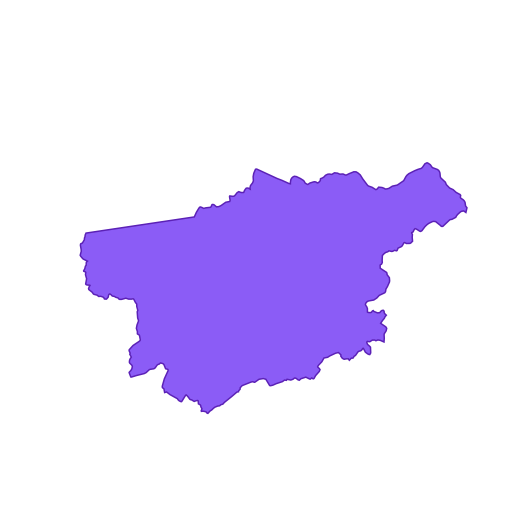 outline of Minh Hoa, Quảng Bình, Vietnam, rotated 121°
{"feature_id": "81297802B57556187754980", "entity_name": "Minh Hoa", "entity_type": "district", "adm_level": 2, "iso_a3": "VNM", "parent_name": "Vietnam", "parent_adm1": "Quảng Bình", "projection": "mercator", "projection_center": [105.906, 17.733], "detail": "fine", "context": "isolated", "style": "filled", "palette": "violet", "viewbox_px": 512, "rotation_deg": 121, "n_neighbors": 0, "source": "geoboundaries", "source_scale": "gbopen_adm2", "svg_char_len": 6148}
<svg xmlns="http://www.w3.org/2000/svg" viewBox="0 0 512 512"><g transform="rotate(121 256 256)"><path d="M420.1,264.0L418.6,262.6L419.1,258.3L418.8,249.8L419.4,248.7L419.7,247.2L419.5,245.3L419.2,244.8L418.5,244.7L411.5,244.6L411.0,244.1L411.6,242.0L412.9,238.9L412.9,238.2L412.5,237.3L412.5,234.1L410.9,232.8L409.9,231.6L409.9,231.0L412.4,229.2L412.3,227.1L412.6,226.5L413.8,225.4L414.6,223.9L415.0,223.6L416.8,223.3L417.3,222.8L416.3,221.5L415.5,219.3L415.4,218.0L415.9,217.1L415.7,216.2L412.7,215.6L410.6,214.6L408.6,214.1L406.8,213.4L404.4,211.6L403.1,210.0L401.7,209.6L400.0,208.1L397.8,207.7L389.1,204.5L382.5,202.3L381.4,201.1L381.0,201.3L380.3,201.4L378.5,201.0L377.0,201.7L374.2,201.1L366.6,195.3L365.4,194.0L365.1,192.4L364.8,192.0L360.1,189.9L357.3,186.6L356.6,184.0L360.0,177.6L359.7,176.7L358.0,175.0L355.1,173.0L350.0,168.6L347.7,167.7L346.9,165.9L345.7,165.9L344.4,162.3L342.6,160.8L340.9,160.2L340.5,159.7L340.2,158.6L340.5,156.3L340.2,154.9L338.1,154.3L334.2,150.9L333.8,146.6L333.4,145.9L332.0,145.6L331.8,145.0L331.9,143.9L331.7,143.5L331.1,143.2L327.8,143.3L322.4,142.3L320.4,142.6L319.8,143.9L319.5,145.7L319.0,146.2L317.2,146.1L312.8,145.1L308.4,145.2L305.9,142.4L303.8,141.4L298.3,137.7L296.3,135.6L297.0,132.3L298.2,131.7L299.2,129.4L299.2,127.8L299.0,127.1L297.6,125.6L296.6,123.9L297.3,122.3L294.5,121.7L293.6,120.3L291.3,120.2L290.0,119.5L285.6,119.2L284.5,118.6L283.3,117.4L282.3,117.0L280.1,116.8L279.9,116.6L280.2,115.8L282.1,112.7L282.4,109.8L282.2,108.3L281.9,107.7L280.3,107.7L279.6,108.0L275.2,110.9L274.9,111.7L274.3,114.9L273.1,116.5L272.4,116.7L271.9,116.6L270.9,114.3L268.2,113.0L266.9,110.9L266.9,109.6L265.2,108.3L264.3,106.1L263.8,102.0L260.6,103.6L257.6,105.6L256.6,106.0L253.1,105.9L250.7,106.7L249.9,108.2L249.5,114.5L246.0,114.3L243.3,113.9L241.7,114.1L239.6,113.8L239.3,115.4L238.7,116.7L238.0,117.4L237.5,117.6L237.0,118.5L237.0,119.1L238.0,120.1L239.0,120.5L240.9,120.8L242.2,122.6L242.8,126.6L242.4,127.4L243.1,127.9L244.9,128.1L245.8,129.1L246.7,131.0L246.7,131.6L243.7,133.4L242.5,134.9L241.7,136.7L241.1,137.3L239.9,137.6L237.7,137.2L236.5,136.3L233.1,132.4L229.8,130.8L226.3,130.1L221.2,126.7L219.9,126.6L217.4,127.6L214.5,127.6L209.6,128.2L208.4,128.7L205.9,130.5L204.5,134.0L203.2,135.0L202.8,135.7L202.5,143.2L200.1,144.8L199.6,144.9L198.3,144.2L196.5,144.4L194.8,145.6L190.5,147.9L188.7,147.6L186.2,146.7L184.5,145.2L183.1,144.7L182.2,142.0L181.5,141.2L179.9,140.3L179.1,138.1L178.4,137.9L176.1,138.3L173.2,136.3L172.0,135.9L168.6,136.0L168.1,135.7L167.9,135.5L167.8,133.5L165.9,130.5L165.1,130.0L162.7,129.4L159.6,131.7L157.0,133.0L156.1,134.5L155.7,134.6L154.8,133.9L154.3,133.8L151.8,134.0L150.6,133.7L150.3,132.2L150.4,128.4L150.2,127.6L149.6,127.2L148.8,126.8L143.9,126.3L141.5,125.7L139.2,124.8L135.8,122.6L134.9,121.7L134.0,119.8L134.8,113.7L135.1,112.6L134.9,111.8L134.3,111.1L125.0,108.5L123.6,106.9L120.0,104.7L118.0,104.8L116.3,104.5L113.0,103.5L111.9,102.9L110.4,101.2L110.6,98.5L106.0,100.0L105.2,102.1L102.3,104.5L101.5,105.9L101.1,107.3L100.9,110.4L100.4,111.1L98.6,111.8L98.2,112.8L98.4,117.2L97.6,121.2L98.0,125.1L96.8,129.6L95.2,131.7L93.9,137.8L93.2,138.8L90.1,141.1L89.2,142.2L88.5,143.6L88.4,145.2L89.3,149.9L89.2,150.9L88.0,153.5L87.8,156.0L88.0,157.4L89.9,158.7L94.1,159.0L95.7,159.4L98.2,161.7L101.0,163.8L106.7,167.4L109.0,168.2L110.7,168.4L115.4,168.2L122.4,171.4L125.9,175.1L129.5,176.9L131.0,178.3L132.0,179.7L132.0,181.3L132.4,183.3L133.8,186.3L136.3,186.7L137.4,187.4L137.3,191.9L138.1,195.7L137.9,196.9L135.0,204.1L132.8,208.4L132.3,211.3L132.3,213.5L133.4,215.5L137.5,218.6L140.0,220.2L140.5,220.9L140.9,223.7L142.7,226.3L143.0,228.8L144.3,231.6L147.0,233.0L148.0,235.4L149.0,236.7L151.0,238.0L153.4,238.5L155.1,239.4L156.3,240.4L156.6,240.5L158.3,239.7L160.8,240.2L161.8,241.1L161.7,242.7L162.1,243.9L163.0,245.0L165.7,247.4L168.0,248.4L168.2,249.4L168.2,250.9L168.0,251.8L167.1,253.2L166.8,254.3L166.7,257.7L167.1,262.2L167.9,264.2L169.1,265.0L170.7,265.5L172.4,265.5L175.1,264.5L176.4,263.7L176.9,265.1L177.8,272.8L178.7,277.9L181.1,300.1L181.5,300.8L182.0,301.1L186.3,300.5L189.5,299.3L193.0,296.9L195.2,296.6L198.4,297.0L200.6,296.3L201.7,295.4L201.8,297.6L202.3,298.6L202.9,299.3L204.1,299.5L205.7,299.6L207.8,299.3L208.1,299.5L209.3,301.6L209.7,303.9L211.4,304.8L215.2,305.3L216.2,305.8L217.0,307.0L218.0,309.4L218.5,309.4L219.6,308.6L221.5,306.9L222.8,306.6L225.5,309.6L230.9,312.0L232.9,313.4L234.2,315.2L233.7,318.5L234.0,319.5L234.5,320.1L235.4,320.2L236.1,319.9L237.6,320.0L240.7,324.0L242.1,325.3L242.3,327.7L242.7,329.1L243.5,329.5L244.9,329.6L249.3,329.6L254.3,329.0L323.9,413.5L326.1,413.2L327.2,412.6L328.9,412.3L330.5,411.5L334.3,411.5L335.7,412.5L336.2,412.5L337.3,412.0L340.5,409.2L342.0,408.2L345.9,407.1L346.5,406.1L347.5,403.2L347.6,402.3L347.2,397.8L348.8,398.2L351.5,396.8L352.6,397.0L355.1,396.2L357.5,396.1L357.8,395.8L357.5,393.9L357.7,393.5L359.9,392.5L362.7,389.5L367.7,387.6L368.0,387.0L367.9,386.0L366.6,383.3L366.7,383.1L367.9,383.2L370.1,382.8L370.9,382.0L371.4,377.9L372.3,375.8L372.3,375.1L371.4,372.1L371.7,370.0L370.5,368.3L370.0,366.1L370.2,364.8L370.9,363.8L370.1,362.1L369.8,361.9L367.4,361.5L365.1,362.3L364.1,362.1L363.8,361.6L363.8,360.5L364.3,358.8L364.1,357.8L363.6,356.7L363.6,354.8L363.0,352.8L363.5,351.3L363.4,350.5L362.4,348.9L359.2,345.8L358.6,343.1L357.1,340.5L356.0,339.3L356.0,338.5L358.1,335.1L358.4,333.9L358.8,333.4L360.7,332.2L363.5,329.3L365.0,329.1L370.1,325.5L371.7,323.6L372.4,323.2L376.3,322.5L379.6,321.3L381.9,318.7L383.8,317.6L383.9,317.1L383.8,315.8L384.2,314.9L387.3,312.1L388.1,311.8L389.4,312.2L396.0,315.3L401.6,316.4L402.2,316.2L402.7,315.8L404.1,313.8L405.2,313.6L406.9,310.8L409.0,310.9L410.4,310.7L412.2,309.9L412.8,309.2L413.6,306.1L414.4,305.1L416.6,304.3L418.6,304.3L420.9,304.8L421.3,304.7L424.2,301.0L423.9,300.4L419.9,296.8L414.3,291.2L412.5,290.1L408.6,289.0L407.8,288.5L405.2,285.4L403.8,284.8L400.5,284.6L399.2,284.0L398.5,283.3L396.9,282.8L396.4,281.3L396.2,279.9L396.5,279.0L399.2,275.4L398.6,273.3L399.0,272.6L399.6,272.3L408.5,271.3L415.8,269.3L416.7,268.8L417.1,268.2L417.2,267.0L417.4,266.4L420.1,264.0Z" fill="#8b5cf6" stroke="#5b21b6" stroke-width="1.5"/></g></svg>